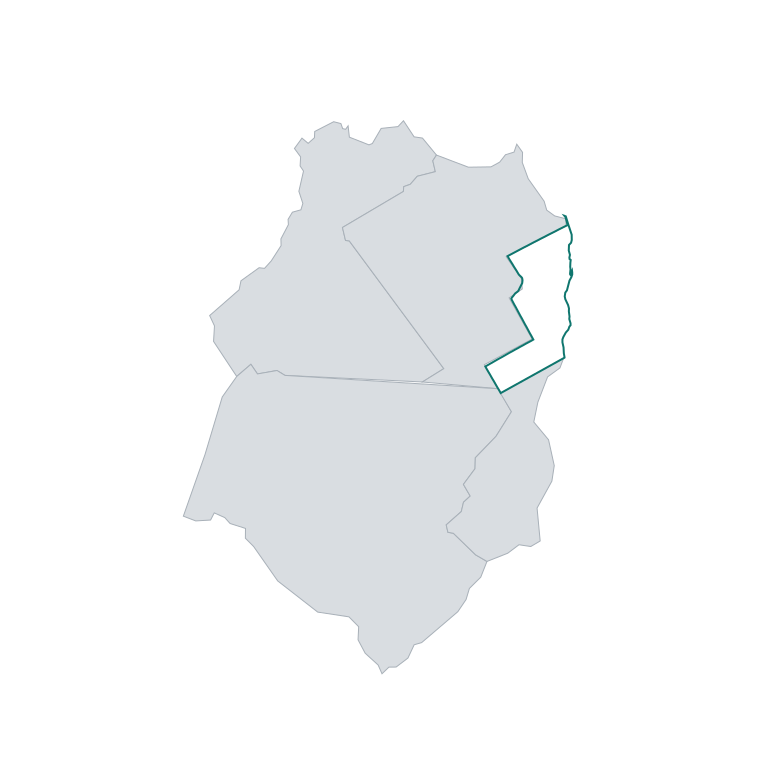 Western Sahara and the surrounding countries, rotated 152°
{"feature_id": "ESH", "entity_name": "Western Sahara", "entity_type": "country or territory", "adm_level": 0, "iso_a3": "ESH", "parent_name": "Africa", "parent_adm1": "", "projection": "orthographic", "projection_center": [-13.3, 24.236], "detail": "fine", "context": "with_neighbors", "style": "outline", "palette": "teal", "viewbox_px": 768, "rotation_deg": 152, "n_neighbors": 4, "source": "natural_earth", "source_scale": "50m", "svg_char_len": 4074}
<svg xmlns="http://www.w3.org/2000/svg" viewBox="0 0 768 768"><g transform="rotate(152 384 384)"><path d="M243.2,607.3L241.4,588.1L234.6,583.1L230.2,561.5L236.1,558.2L239.0,547.4L257.1,551.8L267.0,548.0L273.9,549.0L276.5,544.9L347.2,541.7L350.6,528.8L347.5,526.7L324.0,369.5L349.2,367.8L467.4,438.1L472.2,446.2L491.0,452.3L492.3,463.9L510.5,459.8L514.5,501.6L506.4,514.9L505.8,526.3L467.7,535.2L461.8,542.3L439.7,545.3L435.2,542.2L425.8,545.6L409.9,554.5L406.9,560.5L393.6,569.6L391.4,574.4L384.2,578.7L375.6,576.8L370.9,581.5L368.7,594.1L355.1,609.8L355.7,615.9L351.0,623.7L352.5,634.0L341.0,639.6L338.0,632.1L329.8,634.1L326.6,639.5L305.3,639.2L299.8,634.2L300.6,628.9L298.3,626.9L294.5,628.8L298.7,618.2L285.0,602.2L281.4,601.8L266.5,611.0L250.8,604.7L243.2,607.3Z" fill="#d9dde1" stroke="#a8b0b8" stroke-width="1"/><path d="M145.5,444.1L149.4,438.1L216.4,439.0L213.2,412.5L217.3,403.0L233.1,401.3L232.1,354.2L286.3,354.0L285.4,326.2L349.2,367.8L324.0,369.5L347.5,526.7L350.6,528.8L347.2,541.7L276.5,544.9L273.9,549.0L267.0,548.0L257.1,551.8L239.0,547.4L236.1,558.2L230.2,561.5L207.7,535.8L187.6,525.5L177.7,525.6L169.1,529.4L160.3,527.7L154.2,533.4L152.9,523.5L157.9,514.7L160.3,497.5L156.8,470.2L158.7,461.1L154.4,452.3L145.5,444.1Z" fill="#d9dde1" stroke="#a8b0b8" stroke-width="1"/><path d="M285.4,326.2L284.5,299.7L309.7,285.2L338.0,276.0L343.4,266.5L361.0,258.1L360.5,244.6L369.3,242.3L375.6,235.1L395.2,230.4L397.2,223.1L392.8,219.6L383.3,190.1L376.4,179.0L389.3,168.0L404.6,163.4L412.7,155.2L425.7,148.3L472.2,138.0L479.8,139.6L491.5,130.8L506.2,128.4L512.6,131.7L521.8,129.1L521.1,138.6L527.0,155.1L527.0,170.3L520.3,181.6L524.3,194.9L549.6,213.7L570.3,260.0L575.4,301.7L578.8,312.9L574.1,321.5L585.4,333.1L587.3,340.8L594.4,349.9L601.0,345.3L614.5,351.5L623.2,361.5L575.2,405.7L532.9,448.5L510.5,459.8L492.3,463.9L491.0,452.3L472.2,446.2L467.4,438.1L285.4,326.2Z" fill="#d9dde1" stroke="#a8b0b8" stroke-width="1"/><path d="M221.1,315.6L236.2,313.5L256.7,295.7L269.6,280.1L264.9,257.5L272.0,232.0L281.4,219.4L307.1,202.6L319.8,172.1L330.7,171.6L340.3,178.7L354.2,176.5L376.4,179.0L383.3,190.1L392.8,219.6L397.2,223.1L395.2,230.4L375.6,235.1L369.3,242.3L360.5,244.6L361.0,258.1L343.4,266.5L338.0,276.0L309.7,285.2L284.5,299.7L285.5,321.2L213.3,322.5L221.1,315.6Z" fill="#d9dde1" stroke="#a8b0b8" stroke-width="1"/><path d="M285.5,328.2L285.6,331.3L285.7,334.9L285.9,338.5L286.0,342.7L286.2,346.8L286.3,349.8L286.3,351.9L283.0,352.0L279.9,352.1L276.8,352.2L273.8,352.3L270.7,352.4L267.6,352.4L264.5,352.5L261.5,352.6L258.4,352.7L255.3,352.7L252.2,352.8L249.2,352.8L246.1,352.9L243.0,352.9L239.9,353.0L236.8,353.0L233.8,353.0L231.3,353.1L231.3,355.3L231.3,357.8L231.4,360.3L231.4,362.8L231.4,365.3L231.4,367.8L231.5,370.3L231.5,372.8L231.5,375.3L231.5,377.8L231.6,380.3L231.6,382.8L231.6,385.3L231.6,387.8L231.6,390.3L231.7,392.8L231.7,395.3L231.7,397.6L231.6,399.6L230.6,400.2L228.2,401.2L225.7,402.4L222.6,402.9L221.6,403.2L219.6,404.7L216.9,406.6L214.6,408.2L213.1,410.4L212.6,411.6L212.3,412.8L212.5,414.0L213.3,416.3L213.6,417.5L213.7,419.6L213.8,421.8L214.0,424.3L214.2,426.7L214.3,429.3L214.5,431.9L214.7,434.5L214.8,436.4L214.9,438.9L212.3,438.9L208.4,438.9L204.5,438.9L200.6,438.9L196.6,438.9L192.7,438.8L188.8,438.8L184.9,438.8L180.9,438.7L177.0,438.7L173.1,438.6L169.1,438.6L165.2,438.5L161.3,438.4L157.4,438.4L153.4,438.3L149.5,438.2L147.3,438.1L146.5,441.5L145.9,444.0L145.4,446.0L145.7,447.7L144.8,446.7L146.6,437.2L146.7,436.4L148.2,427.7L150.6,423.0L152.5,420.9L155.4,419.9L158.2,415.1L159.2,410.7L160.9,408.7L161.5,407.2L160.9,405.9L162.5,403.6L164.6,400.0L165.5,397.7L167.9,394.1L168.2,393.3L168.0,392.4L167.1,393.1L166.1,394.5L164.9,395.5L165.4,394.2L166.4,392.3L168.4,390.4L171.7,388.2L178.5,380.8L181.0,379.6L183.3,376.5L184.1,373.7L184.4,367.3L185.2,363.9L186.7,361.3L188.5,356.5L189.9,354.4L190.8,350.0L191.7,348.3L193.4,347.6L195.8,345.4L199.3,344.1L203.6,341.3L205.5,339.6L206.9,337.0L208.3,332.0L210.8,326.7L212.1,322.7L212.3,322.5L285.2,321.2L285.2,321.4L285.3,324.5L285.5,328.2Z" fill="none" stroke="#0f766e" stroke-width="2"/></g></svg>